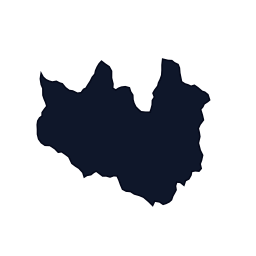 outline of Ribeirão das Neves, Minas Gerais, Brazil, rotated 337°
{"feature_id": "56859067B16245671145058", "entity_name": "Ribeirão das Neves", "entity_type": "district", "adm_level": 2, "iso_a3": "BRA", "parent_name": "Brazil", "parent_adm1": "Minas Gerais", "projection": "equal_earth", "projection_center": [-44.069, -19.777], "detail": "fine", "context": "isolated", "style": "filled", "palette": "ink", "viewbox_px": 256, "rotation_deg": 337, "n_neighbors": 0, "source": "geoboundaries", "source_scale": "gbopen_adm2", "svg_char_len": 1949}
<svg xmlns="http://www.w3.org/2000/svg" viewBox="0 0 256 256"><g transform="rotate(337 128 128)"><path d="M214.1,134.1L214.6,128.5L212.7,125.0L210.5,123.1L208.0,118.1L205.8,114.6L202.3,114.2L200.1,111.7L197.6,109.6L195.4,106.3L196.2,102.4L197.2,97.6L198.8,92.8L198.9,89.1L196.2,86.0L194.7,83.1L191.2,81.4L186.8,78.1L183.9,83.3L181.9,88.1L179.7,92.5L176.6,95.9L173.8,98.3L171.8,101.0L167.3,103.6L164.6,105.7L164.4,109.9L161.2,112.1L159.3,116.2L156.7,119.6L154.4,122.1L150.1,120.2L146.3,118.1L144.8,115.0L143.4,111.5L143.2,107.3L143.7,103.8L145.3,99.5L144.6,95.5L145.0,91.5L141.7,88.9L137.9,87.8L134.8,87.7L131.6,88.3L129.5,85.3L131.4,81.6L132.4,75.5L135.1,69.2L134.6,64.2L132.1,60.4L129.7,56.1L126.5,57.6L123.5,59.8L120.6,62.5L118.6,65.4L114.9,67.3L111.6,70.2L107.6,72.9L104.9,74.9L102.2,75.0L98.7,77.2L95.0,76.2L91.6,72.3L88.5,70.4L86.2,66.4L84.8,61.6L82.6,59.8L80.3,57.0L76.3,56.1L73.7,54.0L71.4,51.5L69.8,48.0L69.4,43.7L66.5,48.5L65.1,54.0L65.1,58.2L62.5,64.6L62.2,68.3L62.2,72.3L61.8,76.2L58.3,78.1L55.0,80.2L53.6,83.4L50.6,84.1L47.7,86.2L45.7,89.5L44.1,93.9L42.2,98.4L41.4,103.2L42.4,107.7L44.8,111.5L49.3,113.6L52.6,118.6L54.3,123.1L57.6,123.9L59.9,127.5L62.2,131.4L62.5,138.6L64.8,142.6L67.1,145.9L69.0,151.3L68.5,156.1L71.7,155.6L75.6,156.5L79.2,155.5L81.9,155.3L83.6,158.3L85.9,162.3L89.2,163.6L92.3,166.1L96.2,166.3L99.2,167.9L99.3,172.3L99.0,177.3L99.0,182.2L101.6,185.4L105.5,187.5L108.0,191.2L112.1,194.5L115.3,197.8L118.3,203.8L120.4,209.0L124.0,205.7L128.2,208.4L130.5,212.0L133.5,212.3L137.1,212.1L140.0,211.1L142.7,208.1L145.8,205.7L148.1,203.8L149.1,199.9L151.7,196.8L154.9,198.5L157.1,202.6L160.3,199.0L164.1,198.7L167.6,196.0L169.6,192.9L173.2,193.7L176.5,195.5L179.6,193.9L180.4,189.3L183.1,186.4L186.1,182.2L185.8,176.7L186.9,169.4L190.8,164.0L191.9,159.6L192.5,155.9L195.7,152.9L200.6,150.1L201.5,145.1L202.1,139.3L205.2,137.7L207.5,135.6L211.5,134.9L214.1,134.1Z" fill="#0f172a" stroke="#020617" stroke-width="1.5"/></g></svg>